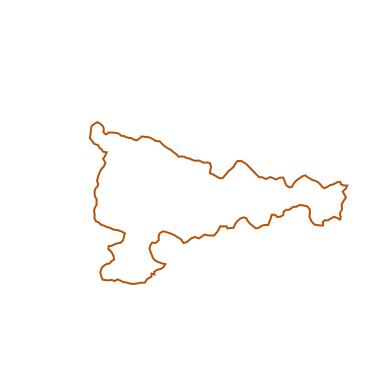 Pedro Leopoldo, Minas Gerais, Brazil, rotated 51°
{"feature_id": "56859067B61889060897837", "entity_name": "Pedro Leopoldo", "entity_type": "district", "adm_level": 2, "iso_a3": "BRA", "parent_name": "Brazil", "parent_adm1": "Minas Gerais", "projection": "orthographic", "projection_center": [-44.041, -19.629], "detail": "fine", "context": "isolated", "style": "outline", "palette": "amber", "viewbox_px": 384, "rotation_deg": 51, "n_neighbors": 0, "source": "geoboundaries", "source_scale": "gbopen_adm2", "svg_char_len": 3425}
<svg xmlns="http://www.w3.org/2000/svg" viewBox="0 0 384 384"><g transform="rotate(51 192 192)"><path d="M260.5,165.2L261.9,162.3L262.0,159.5L263.2,156.4L265.6,153.5L264.1,150.9L262.3,147.7L259.9,144.5L261.6,142.0L265.2,141.4L266.9,138.7L267.3,135.5L265.0,133.3L265.2,129.9L267.1,127.4L267.2,122.7L269.0,120.4L269.9,116.3L273.0,113.6L275.9,111.4L279.7,111.4L282.3,113.4L285.0,116.2L290.0,117.6L294.2,117.4L296.9,115.2L298.9,113.2L300.5,111.3L297.6,109.0L297.5,106.5L299.6,104.2L300.0,100.7L300.7,97.0L303.9,95.4L306.5,94.2L304.9,92.0L302.1,91.0L300.9,88.9L299.9,86.3L298.0,85.0L295.7,83.3L294.3,79.6L293.1,75.8L290.0,75.2L286.5,74.6L286.2,70.6L284.7,67.3L282.3,70.0L279.9,71.4L277.7,70.4L275.8,73.0L275.0,77.3L273.5,80.5L273.1,83.8L272.3,86.8L270.1,87.5L267.1,87.5L264.0,87.8L261.2,88.9L258.5,90.9L256.1,91.7L253.5,92.8L250.4,93.4L249.4,95.7L249.0,99.3L248.8,103.8L249.3,107.2L250.9,111.3L249.6,113.4L246.5,114.4L243.4,113.8L241.0,112.9L238.1,112.0L236.0,115.1L235.1,118.9L232.7,120.1L229.8,121.6L228.4,126.4L224.5,128.3L222.9,130.5L211.1,131.6L204.4,132.2L202.2,133.0L198.8,134.2L196.6,137.2L197.3,140.9L198.6,143.5L198.8,147.3L198.7,150.9L199.7,154.6L200.5,159.7L198.4,162.1L195.0,163.3L192.1,164.4L188.7,166.2L186.7,164.3L185.2,162.0L183.0,160.6L180.7,159.9L178.6,161.6L176.8,164.3L173.7,165.9L171.5,167.1L170.3,169.5L167.3,171.5L164.1,173.1L162.2,174.8L159.8,175.7L157.9,177.6L156.1,180.2L152.9,180.3L149.2,181.4L146.0,181.9L143.3,183.1L140.2,184.2L136.5,184.8L132.4,185.2L129.4,188.1L125.9,189.3L122.8,190.7L120.0,193.4L117.3,196.0L117.3,199.1L117.1,202.3L114.5,204.4L112.0,205.2L109.5,207.7L105.8,209.7L103.4,211.7L100.9,212.0L98.7,213.4L96.0,216.1L93.4,219.1L93.1,222.6L89.9,223.2L87.0,220.5L83.7,219.8L80.9,220.5L78.0,221.8L77.7,224.8L77.5,228.4L79.5,230.8L81.8,233.1L83.8,235.2L85.6,237.3L88.6,237.5L93.0,237.7L96.5,235.5L99.4,236.1L101.9,235.4L104.8,235.7L107.5,233.3L109.4,237.1L110.4,240.3L113.0,240.5L115.2,241.3L116.7,244.6L117.3,248.6L118.8,251.7L121.5,256.1L123.7,258.9L126.0,259.5L128.1,261.5L128.5,264.5L129.9,266.9L132.0,268.7L134.3,270.2L137.9,270.8L139.9,272.8L141.9,274.0L143.1,277.4L145.2,280.2L148.0,281.6L150.9,284.3L154.2,285.0L157.3,283.5L159.7,283.4L162.2,282.0L165.8,280.1L168.7,278.0L171.9,276.7L173.7,274.7L176.3,272.8L179.0,271.3L181.9,270.2L184.0,273.2L186.1,275.9L186.6,279.4L184.2,283.8L183.3,288.2L181.6,290.7L183.6,292.9L186.4,292.4L189.1,292.5L192.5,293.3L195.5,295.1L195.1,297.9L195.7,300.8L194.3,303.7L193.8,306.2L194.0,309.2L195.2,311.6L196.6,313.8L200.0,315.3L203.8,316.7L205.8,314.9L208.1,312.5L209.9,309.6L212.7,308.1L212.9,305.1L215.3,303.6L219.3,301.8L221.0,299.9L223.6,298.2L226.3,295.8L228.3,292.7L230.0,289.3L232.7,285.7L231.6,282.3L231.8,279.2L232.3,276.7L230.0,274.8L232.5,273.1L230.3,271.7L230.3,268.9L231.4,266.2L232.4,263.7L232.2,260.6L231.3,258.1L228.7,260.2L225.6,262.1L222.3,263.7L219.0,263.9L216.3,263.1L212.9,262.0L209.4,260.8L207.3,258.1L206.3,254.9L208.7,252.3L208.6,248.2L205.4,245.8L203.8,243.1L204.3,239.2L206.8,237.3L209.6,235.5L212.0,234.1L214.5,232.8L218.0,231.7L221.7,230.3L226.3,230.7L227.7,227.6L227.6,224.1L227.6,221.4L228.9,217.9L232.4,215.9L232.8,212.5L232.9,209.0L236.0,206.7L239.7,202.3L239.1,198.4L238.1,195.1L236.4,191.5L239.0,188.8L240.4,186.7L242.8,187.3L244.2,184.7L246.0,182.2L243.9,178.3L243.0,173.8L243.2,170.6L244.1,168.0L246.4,166.3L250.0,166.9L253.5,166.8L256.9,166.1L260.5,165.2Z" fill="none" stroke="#b45309" stroke-width="2"/></g></svg>